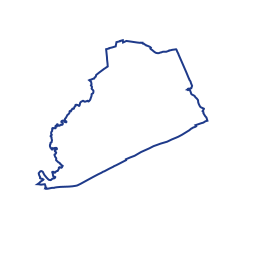 the district of Iaslovat, Suceava, Romania, rotated 118°
{"feature_id": "2599482B36355944921749", "entity_name": "Iaslovat", "entity_type": "district", "adm_level": 2, "iso_a3": "ROU", "parent_name": "Romania", "parent_adm1": "Suceava", "projection": "albers", "projection_center": [25.985, 47.761], "detail": "fine", "context": "isolated", "style": "outline", "palette": "blue", "viewbox_px": 256, "rotation_deg": 118, "n_neighbors": 0, "source": "geoboundaries", "source_scale": "gbopen_adm2", "svg_char_len": 5882}
<svg xmlns="http://www.w3.org/2000/svg" viewBox="0 0 256 256"><g transform="rotate(118 128 128)"><path d="M219.3,170.4L216.6,167.1L216.4,166.7L216.0,166.1L215.6,165.2L214.9,164.6L213.7,163.0L211.6,159.8L207.5,152.7L205.5,149.6L203.4,146.8L202.5,145.8L199.6,143.7L187.6,135.8L182.9,132.6L179.9,130.4L178.2,129.4L177.4,128.6L172.5,125.3L168.9,122.7L168.2,122.4L166.9,121.3L164.5,119.6L158.7,115.6L157.3,114.6L156.6,115.2L152.8,112.1L149.4,109.1L143.1,105.2L135.9,99.6L132.0,96.9L129.4,94.5L126.5,91.9L121.7,87.0L117.6,84.0L114.1,81.1L112.1,79.5L108.7,77.2L101.2,72.8L98.9,71.9L98.3,71.4L97.6,71.1L96.6,70.3L95.7,69.4L94.5,68.6L93.9,69.4L93.8,69.7L89.3,65.5L88.1,64.2L87.4,63.7L86.5,63.3L85.4,62.5L84.3,61.3L81.9,63.7L81.3,65.4L79.6,68.3L78.6,68.8L78.1,70.1L76.0,69.9L75.3,70.1L75.5,73.2L75.4,74.0L74.8,75.1L73.4,77.0L72.3,78.1L70.6,79.2L69.7,81.0L69.2,83.0L68.6,83.9L68.4,84.8L68.4,85.8L68.4,87.6L68.3,87.9L68.0,88.4L67.2,89.1L65.2,91.4L65.6,91.6L65.7,92.1L66.0,92.5L66.4,92.8L66.4,93.0L66.2,93.3L66.3,93.7L65.9,93.5L65.4,93.5L64.9,93.2L64.8,92.8L65.0,92.5L65.0,92.3L64.7,92.1L63.7,91.6L63.2,90.8L60.7,91.2L58.7,93.6L57.8,94.4L57.1,95.4L56.7,96.3L56.3,96.8L55.9,97.1L55.4,97.9L51.5,102.6L45.3,110.4L39.2,118.1L38.9,118.3L37.3,120.6L36.3,121.7L35.9,122.4L35.9,122.5L36.3,123.0L37.4,124.5L37.8,125.1L38.6,126.1L39.4,126.9L39.8,127.6L40.3,128.1L40.5,128.0L42.0,129.4L42.2,129.6L42.6,129.9L43.4,131.3L43.7,132.0L44.4,133.1L45.8,134.3L46.1,134.8L47.4,135.9L47.9,136.7L48.5,138.4L48.5,139.7L48.3,141.1L47.8,143.3L47.7,144.5L47.4,145.5L46.3,145.5L46.1,146.6L46.1,147.3L46.2,148.4L46.2,148.8L46.4,150.3L46.5,150.3L46.6,150.6L46.5,150.9L46.3,151.5L46.4,152.4L46.4,152.7L46.2,153.2L46.1,153.8L46.1,154.0L46.4,154.2L46.5,154.3L46.4,154.6L46.3,154.9L46.4,155.8L46.2,155.8L46.8,157.0L47.1,157.2L48.2,160.0L50.7,167.0L51.9,170.3L54.8,172.5L52.9,173.8L54.8,175.8L55.0,175.6L57.6,178.5L61.7,177.2L64.2,179.7L66.4,182.2L66.6,182.3L66.8,182.2L68.7,184.3L75.4,179.8L77.4,178.6L80.9,176.2L83.2,174.8L87.1,176.9L92.2,179.3L96.1,181.0L97.6,180.6L97.9,180.6L99.1,181.2L99.5,181.2L100.0,181.0L100.3,181.1L100.8,181.8L101.9,182.8L102.4,183.0L103.3,184.2L104.0,184.7L104.4,182.9L104.6,182.3L104.8,182.0L105.7,181.4L106.1,181.0L106.4,180.8L106.8,180.7L107.8,180.8L107.9,180.7L108.0,180.4L108.2,179.5L108.8,179.0L110.0,178.7L110.3,178.6L110.5,178.3L110.9,177.0L111.1,176.4L111.4,176.0L111.7,175.8L112.9,175.3L113.7,175.2L114.1,175.4L114.4,175.6L114.9,175.9L115.2,176.0L115.9,175.7L116.6,175.3L117.2,175.2L119.3,174.9L120.5,174.7L121.1,174.7L122.8,175.1L123.1,175.3L123.2,175.7L122.9,176.2L122.9,176.4L124.7,178.0L125.1,178.7L125.2,179.0L125.0,179.7L125.0,180.1L125.1,180.5L125.3,180.7L126.3,181.3L126.6,181.6L127.6,182.0L128.5,182.0L130.2,181.5L131.0,181.4L131.4,181.5L131.5,181.6L131.3,183.0L131.4,183.5L131.8,184.7L132.0,184.9L132.3,185.1L132.6,185.2L132.8,185.1L133.1,184.8L133.3,184.7L134.9,185.2L136.0,184.9L136.6,185.0L136.8,185.4L136.8,185.8L137.0,186.1L137.5,186.2L138.2,186.2L138.7,186.4L139.5,186.2L140.0,186.3L140.0,186.5L140.0,187.0L140.3,187.3L140.5,187.4L140.8,187.4L141.4,187.0L142.4,186.8L143.9,187.1L144.8,187.6L145.3,187.6L148.3,187.6L149.1,187.9L149.6,187.9L150.0,187.8L150.3,187.7L150.8,187.1L151.0,186.8L151.2,185.5L151.3,185.4L151.7,185.2L152.0,185.3L152.3,186.4L152.3,186.9L151.9,187.5L151.9,188.2L151.9,188.8L152.4,189.4L153.0,189.8L153.5,189.9L154.1,189.5L154.2,189.3L154.2,189.1L154.1,188.6L154.2,188.1L154.9,187.5L155.5,187.5L155.8,187.5L156.1,187.7L156.4,188.0L156.6,188.5L156.7,188.9L156.9,189.2L157.7,189.3L158.0,189.4L158.3,189.8L158.5,190.1L158.6,190.5L158.5,191.2L158.2,191.5L157.9,191.6L157.8,191.8L157.8,192.0L158.0,192.3L158.4,192.4L160.0,191.6L160.3,191.9L160.3,192.0L159.9,192.3L159.8,192.7L160.0,192.9L160.5,192.9L160.9,192.7L161.8,191.9L162.2,191.9L162.5,192.2L162.5,192.4L163.3,194.3L163.5,194.6L163.9,194.7L164.1,194.6L164.2,194.2L164.4,194.1L165.4,194.1L166.1,193.6L166.4,193.6L167.4,193.8L168.3,193.6L169.1,193.2L169.6,192.6L169.7,192.2L169.9,192.1L170.1,192.1L170.9,192.6L171.5,192.5L171.7,192.4L171.8,192.2L171.9,191.3L172.1,191.1L173.0,190.7L174.3,189.5L174.9,189.2L175.4,189.2L176.2,188.8L176.4,188.9L177.2,189.3L177.5,189.4L177.8,189.4L178.2,189.0L178.4,188.9L179.1,189.0L179.8,188.9L180.3,188.5L180.8,188.3L181.9,187.0L181.9,186.3L182.5,185.7L182.7,185.0L182.6,184.8L182.3,184.5L182.0,184.5L181.9,184.7L181.8,185.2L181.7,185.3L181.3,185.3L181.1,185.0L181.1,184.3L180.1,183.4L179.3,182.2L179.2,181.9L179.2,181.7L179.6,181.1L180.0,180.9L180.3,181.0L180.9,181.4L181.4,181.9L181.6,182.1L181.8,182.2L182.4,182.0L182.9,181.5L183.0,181.3L183.1,180.7L183.2,180.2L183.6,179.8L184.4,179.8L185.2,180.0L185.9,180.4L186.3,180.3L187.8,178.5L188.2,177.5L188.4,177.2L188.9,176.9L190.0,176.5L190.2,176.3L190.8,173.9L191.0,173.5L191.0,172.9L190.9,172.5L191.0,171.8L191.4,171.3L191.4,170.8L191.7,170.5L191.7,170.2L191.8,169.7L192.2,169.1L192.3,168.8L192.2,168.5L192.0,168.2L192.1,167.9L193.8,167.9L194.3,168.1L194.5,168.4L194.6,168.7L194.5,169.3L194.6,169.6L194.8,170.1L195.2,170.3L195.5,170.4L196.4,169.9L197.5,170.0L198.4,169.9L199.0,170.0L199.4,170.6L200.1,171.1L200.7,171.3L201.5,171.4L201.8,171.6L202.0,172.0L202.0,172.3L201.6,173.0L202.1,174.0L202.3,174.2L202.7,174.1L203.5,173.1L205.0,172.0L205.7,171.3L205.7,170.8L205.6,170.2L205.4,169.6L205.5,169.2L206.2,169.1L207.0,169.5L207.4,169.8L207.7,170.4L208.2,170.9L210.2,171.7L210.3,171.8L210.5,172.2L210.9,173.5L210.6,174.9L209.9,176.9L208.7,179.8L207.5,181.6L206.9,182.3L206.8,182.6L206.6,183.5L206.7,184.0L206.8,184.5L207.5,185.1L209.8,185.6L210.0,185.5L210.4,185.2L211.2,184.4L211.5,184.1L212.5,182.6L213.5,182.2L213.6,181.9L213.6,181.4L213.1,179.8L213.2,178.5L213.6,178.5L214.7,179.1L215.7,179.6L216.3,180.0L218.3,180.6L220.1,181.5L219.4,180.0L219.2,179.1L218.8,178.1L216.7,175.1L217.7,173.9L218.4,173.4L218.9,173.1L220.0,172.9L219.3,172.1L220.1,171.7L219.3,170.4Z" fill="none" stroke="#1e3a8a" stroke-width="2"/></g></svg>